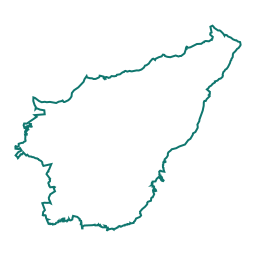 the district of Stoilesti, Vâlcea, Romania
{"feature_id": "2599482B98117810707628", "entity_name": "Stoilesti", "entity_type": "district", "adm_level": 2, "iso_a3": "ROU", "parent_name": "Romania", "parent_adm1": "Vâlcea", "projection": "mercator", "projection_center": [24.361, 44.917], "detail": "fine", "context": "isolated", "style": "outline", "palette": "teal", "viewbox_px": 256, "rotation_deg": 0, "n_neighbors": 0, "source": "geoboundaries", "source_scale": "gbopen_adm2", "svg_char_len": 5743}
<svg xmlns="http://www.w3.org/2000/svg" viewBox="0 0 256 256"><path d="M164.4,161.0L164.7,159.3L166.6,157.5L167.8,155.6L167.9,153.3L168.5,152.2L170.7,150.5L171.7,149.3L176.2,148.2L179.3,146.5L185.0,144.5L188.2,140.2L190.4,138.8L192.8,134.7L193.0,133.4L195.4,132.0L197.7,127.8L197.7,126.3L197.4,124.6L199.3,121.1L199.5,119.4L202.7,110.6L203.7,105.8L203.8,102.4L204.1,101.4L204.5,100.9L205.7,101.0L206.7,99.1L209.7,96.2L209.6,95.6L208.8,95.0L209.9,93.9L209.7,93.2L209.9,91.9L206.9,89.4L208.5,88.1L209.2,86.8L211.3,85.5L212.6,83.9L215.0,82.4L215.1,82.1L214.9,81.4L217.5,80.6L219.1,78.9L220.6,78.6L222.5,76.9L222.9,75.5L222.6,74.9L223.3,72.1L224.3,71.2L225.3,69.6L226.6,68.9L228.0,67.0L230.0,63.0L230.5,61.0L231.3,60.0L231.3,59.2L232.7,57.1L232.9,54.3L233.3,53.2L235.4,51.2L237.2,48.8L238.5,48.1L240.4,45.5L240.6,44.6L240.1,42.1L237.8,41.5L236.4,40.3L235.7,40.4L233.1,39.4L230.9,37.6L228.1,36.5L226.7,35.1L224.8,34.8L224.5,35.7L223.0,33.4L220.7,31.1L219.6,30.4L218.1,30.5L215.6,28.8L214.2,27.8L213.7,26.9L212.5,25.7L210.4,26.7L211.6,32.5L210.4,33.1L210.2,34.7L212.8,36.9L212.3,38.8L211.8,39.0L211.7,39.9L211.2,39.8L208.9,41.3L205.8,41.0L204.3,41.5L204.1,42.2L203.1,42.4L201.3,43.8L196.9,44.0L190.4,47.3L187.6,47.8L187.1,47.5L187.0,46.8L186.6,46.7L186.1,47.6L186.3,48.3L186.0,48.5L186.3,49.2L185.8,49.3L184.5,53.4L181.1,56.0L179.9,56.0L178.5,56.5L175.7,55.5L170.3,57.2L167.2,56.8L165.0,56.0L164.4,54.9L163.0,54.6L161.6,56.4L158.8,57.2L155.6,58.8L155.1,60.0L153.4,58.7L152.5,58.9L150.1,61.6L148.8,63.6L146.5,65.2L145.0,65.6L143.9,67.6L141.5,69.5L138.8,70.5L136.6,70.4L132.2,71.3L131.0,71.3L129.7,70.9L127.3,71.6L125.5,70.9L124.4,71.3L124.0,72.0L122.6,72.3L120.0,74.3L116.9,74.8L116.2,75.9L114.3,76.3L111.5,76.1L109.9,77.6L109.1,77.6L108.7,77.9L106.6,77.0L105.4,77.2L105.5,78.7L104.8,78.5L104.6,79.0L103.7,78.3L103.5,76.6L100.4,75.8L99.7,75.7L99.6,76.6L98.8,77.5L95.7,78.9L93.6,79.0L92.1,78.3L89.9,78.2L87.0,77.4L86.6,76.1L84.5,79.2L83.6,81.8L78.3,87.4L74.0,90.3L71.9,93.0L71.5,96.5L70.0,98.7L68.2,100.3L64.6,102.0L63.6,101.9L62.6,100.5L61.5,101.1L58.7,101.7L56.2,103.0L49.9,101.9L46.8,102.2L44.8,101.8L41.7,102.2L39.0,101.0L35.1,98.0L33.4,97.4L33.3,101.0L34.6,105.0L35.8,107.0L35.5,109.2L36.6,108.2L40.0,109.6L44.3,110.3L44.7,114.3L34.7,115.1L36.7,116.8L26.8,123.6L24.2,123.5L23.6,125.2L24.5,128.1L25.0,128.0L26.2,126.6L29.3,125.5L29.7,124.5L30.0,124.7L29.8,124.0L30.5,124.0L30.6,124.6L30.9,124.5L30.8,125.2L30.3,125.4L31.0,126.2L32.0,125.6L31.5,126.3L31.6,126.6L31.0,126.8L30.0,126.2L29.3,126.3L28.3,127.2L26.1,128.1L26.1,129.3L27.9,128.7L28.3,129.5L25.9,130.6L26.0,130.9L26.7,131.0L26.3,131.5L25.1,131.6L25.1,132.3L25.7,132.8L25.6,133.7L26.6,133.6L26.8,133.8L26.7,134.7L25.0,134.6L25.4,136.4L25.2,139.3L25.6,140.2L25.4,141.2L24.1,141.7L22.9,142.9L21.6,142.9L18.7,143.8L18.7,146.4L17.3,146.8L15.7,146.1L15.4,146.4L15.5,148.7L18.9,149.1L20.1,148.2L21.6,150.6L18.3,152.1L15.6,155.4L17.4,157.1L17.9,158.2L18.4,157.7L18.6,156.8L19.6,156.2L20.5,154.4L21.1,154.2L21.3,154.5L21.8,154.5L22.7,153.7L23.3,152.4L26.2,155.5L27.3,154.7L29.0,156.4L31.4,156.6L32.1,157.1L33.6,157.2L35.4,158.2L37.1,158.4L37.4,158.8L38.3,159.0L38.9,159.9L41.0,160.9L42.2,162.2L42.4,163.9L43.4,165.9L51.3,164.1L49.3,169.0L48.1,171.1L48.4,171.6L47.2,172.5L46.5,174.1L50.1,178.8L49.6,179.4L50.0,180.2L49.9,181.4L48.7,182.2L48.3,183.1L49.4,185.7L49.2,185.9L50.2,187.3L54.1,186.8L54.8,187.2L53.8,188.4L55.0,191.3L50.3,194.3L48.8,197.7L49.0,199.4L50.0,201.3L50.7,203.3L49.4,202.6L47.4,202.9L44.4,202.7L42.3,203.2L44.9,210.1L43.2,212.0L42.8,215.2L43.8,215.5L44.9,215.1L45.7,215.5L46.1,218.1L46.9,219.1L48.2,219.5L46.9,220.0L48.6,223.9L49.5,223.9L49.7,223.5L50.3,223.6L50.4,224.1L52.6,223.8L52.8,224.5L55.4,224.0L56.2,222.8L58.1,222.3L58.3,221.2L58.8,221.3L59.0,220.9L59.2,221.5L60.8,221.3L61.2,219.6L62.9,218.6L64.3,218.5L64.3,219.4L63.4,219.7L62.9,220.6L63.0,221.4L63.9,221.4L64.2,220.6L64.6,220.5L65.5,220.9L67.2,220.5L67.3,221.0L68.1,220.2L68.2,219.7L69.2,219.8L69.2,219.2L69.8,220.2L70.7,220.4L72.3,219.5L72.6,217.2L72.9,217.0L73.1,215.9L77.3,216.9L79.7,219.0L79.5,219.7L80.0,220.1L79.9,220.5L81.1,220.8L81.4,222.5L81.0,222.8L80.8,224.1L81.5,224.1L82.1,228.4L82.5,228.4L82.5,226.5L84.4,225.5L92.4,225.2L94.8,224.7L95.0,225.3L95.4,225.4L97.6,225.3L97.7,224.9L98.7,225.1L98.8,224.7L99.3,225.4L99.9,225.1L99.9,225.8L100.7,225.8L101.0,226.2L100.9,226.6L102.5,227.3L105.0,227.3L105.2,226.7L105.8,226.7L105.0,225.8L106.0,226.0L106.4,227.6L107.0,227.9L107.8,227.6L108.4,228.8L107.1,229.7L107.0,230.2L107.2,230.3L108.8,229.3L112.1,228.6L113.6,229.5L113.6,228.9L115.2,228.8L117.1,227.6L117.6,227.6L118.5,226.4L119.8,226.0L120.3,226.7L121.2,226.6L123.5,225.4L124.7,225.5L125.0,224.8L127.4,224.6L127.5,224.0L129.3,224.2L130.3,223.6L130.3,223.0L130.9,223.4L133.6,222.9L134.0,221.7L134.9,221.0L136.1,218.5L139.7,217.0L141.1,215.5L140.6,213.9L140.1,213.6L140.3,213.1L140.0,211.7L142.3,209.0L145.0,206.8L146.9,204.6L147.3,203.9L147.2,202.8L147.9,201.8L151.0,200.7L151.2,198.2L151.8,197.5L152.7,197.3L154.2,194.1L153.3,192.2L153.0,190.3L153.3,189.6L155.1,191.2L155.7,191.0L155.5,190.5L156.0,190.5L155.7,189.6L154.1,188.3L154.1,186.7L153.9,186.4L152.8,186.6L153.0,185.9L152.4,185.3L151.5,185.4L152.3,184.8L151.7,184.2L151.8,183.7L152.1,183.4L151.1,182.9L152.1,182.9L152.0,182.6L152.5,182.3L152.6,181.6L155.5,181.4L156.7,178.8L158.6,177.1L160.8,179.0L161.1,180.0L161.8,180.7L162.3,180.9L162.6,180.4L163.3,180.9L163.6,180.4L162.1,178.9L162.1,177.9L161.7,177.5L161.7,177.0L160.7,176.3L160.5,175.4L159.6,175.4L159.3,174.6L159.5,173.4L159.2,171.7L160.0,170.8L160.6,170.7L161.8,171.3L164.3,171.7L163.5,169.2L163.5,167.9L163.0,167.6L162.9,166.2L163.2,165.3L162.9,164.9L163.4,163.8L163.3,162.3L163.6,161.8L164.9,162.2L165.5,161.9L165.4,161.3L164.4,161.0Z" fill="none" stroke="#0f766e" stroke-width="2"/></svg>